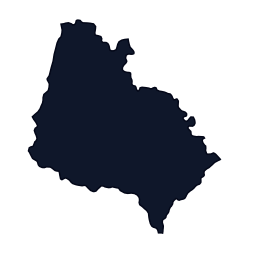 outline of Baranovichy, Brest, Belarus, rotated 279°
{"feature_id": "67162791B97838850570601", "entity_name": "Baranovichy", "entity_type": "district", "adm_level": 2, "iso_a3": "BLR", "parent_name": "Belarus", "parent_adm1": "Brest", "projection": "orthographic", "projection_center": [25.916, 53.118], "detail": "fine", "context": "isolated", "style": "filled", "palette": "ink", "viewbox_px": 256, "rotation_deg": 279, "n_neighbors": 0, "source": "geoboundaries", "source_scale": "gbopen_adm2", "svg_char_len": 4376}
<svg xmlns="http://www.w3.org/2000/svg" viewBox="0 0 256 256"><g transform="rotate(279 128 128)"><path d="M135.6,38.7L133.3,38.2L129.9,36.6L127.1,34.2L124.1,31.8L121.9,33.5L119.1,36.3L117.4,37.5L116.5,38.3L114.7,38.0L113.2,36.4L110.9,35.9L108.3,37.2L106.7,38.3L104.8,39.3L102.9,39.9L100.6,39.0L99.8,38.2L97.3,37.7L95.1,37.2L94.1,35.0L93.0,33.6L89.8,33.3L88.5,34.6L86.6,35.9L83.1,38.5L82.6,39.5L81.2,43.1L80.2,44.0L77.6,45.2L76.3,46.6L75.6,49.4L75.8,51.5L76.9,53.6L77.1,55.5L77.3,57.5L76.3,59.7L75.1,61.7L74.6,62.7L74.4,64.5L74.6,66.6L72.8,67.4L70.9,68.0L67.2,69.4L66.6,70.8L68.9,73.7L68.7,75.5L67.4,78.3L65.4,80.5L64.5,82.2L63.9,85.6L63.8,87.6L63.8,88.2L63.8,91.7L64.6,93.9L64.4,95.6L63.0,97.3L62.1,98.5L60.5,100.8L59.9,103.3L59.9,104.3L60.7,106.2L63.6,108.1L64.8,109.2L66.6,110.4L66.9,112.7L66.3,114.4L66.2,115.8L66.1,118.2L66.6,120.1L67.5,121.6L67.2,125.9L67.2,128.1L65.0,130.2L63.4,134.8L63.4,138.0L64.3,141.5L64.3,144.8L63.2,147.8L61.0,150.0L58.6,150.7L56.1,150.7L54.1,151.6L52.6,154.5L50.9,157.0L49.5,159.4L47.1,161.6L42.7,162.8L40.7,163.5L37.1,165.1L34.9,166.8L34.1,168.4L33.8,170.4L33.4,172.0L31.6,173.5L29.2,174.5L29.7,177.5L29.6,178.6L31.2,178.6L33.3,178.4L34.0,178.4L36.5,178.2L37.4,177.9L38.8,177.2L40.2,176.6L42.3,176.5L43.5,177.2L44.3,178.4L45.6,179.3L47.5,179.4L48.8,179.9L49.8,180.6L51.6,181.3L53.7,181.4L56.3,182.1L57.7,183.1L59.9,183.9L62.0,183.9L63.7,184.7L64.5,185.4L65.9,186.4L65.5,187.8L64.8,188.8L64.8,190.1L65.5,191.1L66.0,192.4L66.6,193.9L67.4,195.0L69.2,195.8L71.1,196.3L73.4,197.3L74.5,198.3L75.8,199.4L77.0,200.8L78.7,202.3L80.8,203.6L82.2,204.7L83.0,205.9L83.8,207.4L85.5,208.4L87.0,208.3L88.2,208.0L89.7,207.8L90.6,208.3L91.7,209.7L92.9,210.6L94.2,210.5L95.2,210.0L97.4,210.0L99.2,211.4L100.4,212.6L101.5,214.1L103.0,215.3L105.0,217.0L106.8,218.3L108.1,219.5L108.7,220.4L110.1,222.2L111.0,223.7L111.5,224.1L114.3,220.6L115.7,218.8L116.4,217.5L116.7,216.2L115.7,214.8L115.2,213.7L114.5,210.5L115.2,209.4L116.2,209.0L117.5,208.2L119.0,208.0L120.1,208.0L122.3,207.5L123.0,206.3L124.0,205.3L125.3,204.1L127.2,203.3L128.2,203.3L129.2,204.0L130.0,205.1L131.0,204.2L131.0,203.3L130.8,201.1L130.7,200.2L130.5,198.5L130.1,197.5L130.1,195.9L130.1,194.8L130.2,193.6L130.3,192.7L131.1,191.6L131.5,191.3L132.3,191.1L133.6,190.8L134.5,190.5L135.1,189.6L136.6,187.6L138.0,187.0L139.6,188.0L139.7,189.5L140.0,191.6L141.3,192.9L143.3,193.4L144.6,193.1L146.4,192.5L148.9,190.8L148.7,188.4L147.1,187.3L146.1,186.8L145.2,186.3L144.4,185.7L143.6,184.3L143.8,183.7L144.3,182.5L145.0,181.8L145.7,181.0L146.5,180.8L147.5,181.0L148.2,182.1L148.4,182.5L148.8,183.4L149.3,183.8L150.2,183.8L151.1,183.7L151.7,183.2L152.5,182.1L152.9,180.4L153.1,178.9L153.5,177.8L154.6,176.4L156.1,174.6L157.4,174.0L160.3,173.7L161.8,173.6L162.9,173.2L163.4,172.6L164.2,172.0L164.2,171.1L163.6,170.6L163.0,169.0L164.2,167.6L165.8,166.7L166.9,165.9L168.1,164.5L168.2,163.3L168.2,161.9L168.6,160.7L169.1,158.6L169.3,155.7L169.3,153.2L170.0,150.6L171.1,150.0L172.1,149.3L172.2,148.0L171.4,146.4L170.6,145.5L170.2,144.1L170.6,142.4L170.6,139.2L170.4,135.5L169.6,133.7L168.0,133.5L166.5,132.8L166.0,132.0L166.7,130.9L168.0,130.0L169.2,129.6L170.4,128.7L170.6,127.5L170.7,126.4L171.2,125.4L172.6,124.8L174.5,124.7L176.0,124.3L177.9,123.0L179.9,122.4L181.7,122.2L182.7,121.8L183.0,120.5L182.8,118.6L182.9,116.8L183.2,115.5L183.7,114.4L184.9,113.2L187.3,113.1L189.2,113.9L190.2,114.5L191.5,115.5L192.3,115.9L193.4,116.3L194.2,116.1L195.9,115.0L196.8,114.6L199.6,114.8L200.5,115.7L201.3,117.2L201.3,118.4L201.4,119.8L201.8,121.2L202.4,122.1L203.4,122.1L204.4,121.7L205.5,120.7L207.0,118.9L208.0,117.5L210.4,116.2L213.9,114.8L215.8,114.2L214.9,110.9L213.8,108.2L211.8,105.7L209.1,104.8L205.8,104.5L203.5,104.1L202.0,101.9L201.6,99.6L202.3,97.8L205.4,96.7L206.7,96.1L208.3,94.8L209.0,93.0L208.5,89.6L209.9,88.1L212.1,88.1L214.0,86.9L214.4,84.5L214.6,81.1L216.7,80.3L220.9,80.3L223.2,80.1L225.4,77.7L225.5,74.3L225.3,71.1L224.8,67.1L225.4,65.4L226.7,64.0L226.8,62.6L226.6,60.9L225.8,60.1L223.1,59.9L221.6,58.8L221.2,57.3L222.0,55.8L222.6,52.8L221.8,50.1L220.9,48.3L220.1,45.6L214.5,47.7L211.3,47.9L207.6,47.6L205.1,45.8L200.9,44.7L195.2,44.2L189.2,43.6L182.2,43.6L175.8,42.8L168.7,42.2L167.2,42.0L164.0,40.5L163.0,40.7L160.8,42.4L159.3,43.4L155.9,43.7L152.4,43.4L150.2,41.6L148.0,39.7L144.8,39.4L142.1,39.8L139.2,39.7L136.5,38.9L135.6,38.7Z" fill="#0f172a" stroke="#020617" stroke-width="1.5"/></g></svg>